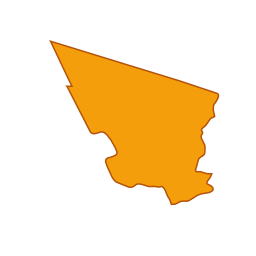 outline of Amman, rotated 197°
{"feature_id": "JOR-851", "entity_name": "Amman", "entity_type": "Province", "adm_level": 1, "iso_a3": "JOR", "parent_name": "Jordan", "parent_adm1": "", "projection": "robinson", "projection_center": [36.094, 31.647], "detail": "fine", "context": "isolated", "style": "filled", "palette": "amber", "viewbox_px": 256, "rotation_deg": 197, "n_neighbors": 0, "source": "natural_earth", "source_scale": "10m", "svg_char_len": 1316}
<svg xmlns="http://www.w3.org/2000/svg" viewBox="0 0 256 256"><g transform="rotate(197 128 128)"><path d="M198.7,150.0L193.8,151.5L210.5,169.7L227.1,188.0L227.4,188.3L91.0,188.1L52.4,187.1L51.1,186.0L50.7,184.2L51.0,181.2L51.5,179.1L52.5,176.1L52.8,174.7L52.4,172.7L51.6,169.9L48.5,164.3L49.8,163.0L50.6,162.4L51.6,161.4L52.1,160.4L54.3,153.5L55.2,151.9L56.9,149.3L57.3,148.4L57.1,147.4L56.1,146.4L55.3,145.5L55.2,144.3L55.6,143.2L55.7,141.8L55.0,139.9L49.4,133.8L48.5,131.4L47.5,127.6L47.3,126.1L47.5,124.8L48.1,123.6L50.3,121.0L51.1,119.6L51.4,118.2L51.1,107.2L50.2,106.4L49.3,106.2L47.7,106.9L45.8,107.4L39.3,107.4L34.5,108.7L34.8,106.0L35.1,104.4L36.7,99.7L36.5,98.5L35.8,97.7L32.8,97.2L31.2,96.7L29.8,96.0L28.9,94.9L28.6,93.5L29.5,91.9L31.4,90.1L38.9,86.3L42.0,83.9L47.8,77.1L49.7,75.5L54.5,74.0L56.5,72.9L60.5,69.0L64.2,67.7L67.1,71.6L70.2,74.4L74.5,79.7L76.9,81.5L78.6,82.0L81.1,80.6L82.6,80.3L84.7,80.1L90.9,78.1L99.1,78.1L101.7,77.6L103.4,76.6L105.8,73.6L107.3,72.3L110.0,71.7L123.5,72.9L126.1,74.1L128.8,76.3L136.0,84.4L139.6,89.2L139.9,91.5L138.7,93.4L135.1,95.6L132.3,98.0L131.3,99.4L131.1,100.8L131.9,102.4L135.4,106.4L141.1,111.8L146.6,115.6L149.6,116.7L152.0,116.7L158.0,112.9L160.2,112.3L162.5,112.9L198.3,149.8L198.7,150.0L198.7,150.0Z" fill="#f59e0b" stroke="#b45309" stroke-width="1.5"/></g></svg>